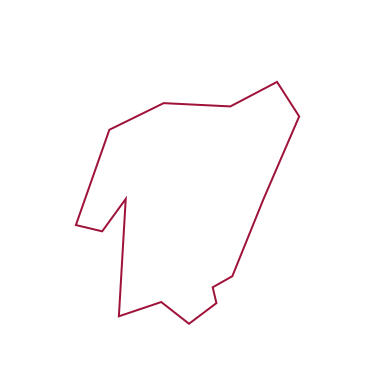 the state/province of Grand'Anse, rotated 230°
{"feature_id": "SYC-5210", "entity_name": "Grand'Anse", "entity_type": "state/province", "adm_level": 1, "iso_a3": "SYC", "parent_name": "Seychelles", "parent_adm1": "", "projection": "equal_earth", "projection_center": [55.469, -4.682], "detail": "fine", "context": "isolated", "style": "outline", "palette": "rose", "viewbox_px": 384, "rotation_deg": 230, "n_neighbors": 0, "source": "natural_earth", "source_scale": "10m", "svg_char_len": 352}
<svg xmlns="http://www.w3.org/2000/svg" viewBox="0 0 384 384"><g transform="rotate(230 192 192)"><path d="M221.7,327.9L181.0,322.7L140.4,241.8L101.6,168.8L105.7,146.6L91.2,139.3L93.0,105.0L127.5,97.7L143.8,56.1L229.3,136.8L219.6,97.9L241.3,81.8L292.8,168.7L278.3,227.4L232.9,276.4L221.7,327.9Z" fill="none" stroke="#9f1239" stroke-width="2"/></g></svg>